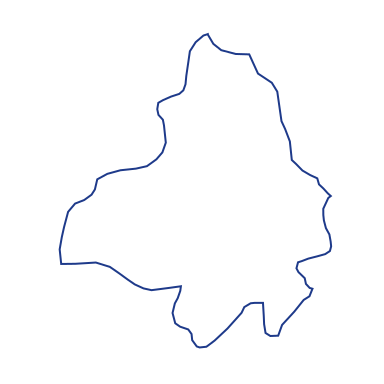 outline of Dolneni, rotated 264°
{"feature_id": "MKD-2928", "entity_name": "Dolneni", "entity_type": "Statistical Region", "adm_level": 1, "iso_a3": "MKD", "parent_name": "North Macedonia", "parent_adm1": "", "projection": "natural_earth1", "projection_center": [21.402, 41.472], "detail": "fine", "context": "isolated", "style": "outline", "palette": "blue", "viewbox_px": 384, "rotation_deg": 264, "n_neighbors": 0, "source": "natural_earth", "source_scale": "10m", "svg_char_len": 1531}
<svg xmlns="http://www.w3.org/2000/svg" viewBox="0 0 384 384"><g transform="rotate(264 192 192)"><path d="M99.4,171.1L99.0,158.9L98.6,141.5L101.2,133.7L106.1,125.4L111.4,119.2L119.4,110.3L126.1,102.5L131.9,89.0L132.8,68.4L134.1,54.4L138.6,54.4L141.1,54.4L148.8,54.4L160.7,57.8L170.5,61.1L185.2,66.7L192.7,74.5L195.3,84.0L199.8,91.8L204.7,95.7L214.5,99.1L218.9,109.7L221.1,123.1L221.1,138.7L222.4,149.9L228.2,160.0L234.5,166.7L243.8,171.1L252.7,171.1L261.1,171.1L266.9,170.6L272.2,166.7L278.0,166.1L284.2,167.8L286.4,172.8L289.1,181.2L290.9,189.6L294.0,194.0L299.8,196.8L308.2,198.5L321.5,201.9L332.2,204.6L340.6,211.3L346.4,219.7L347.4,224.2L346.9,224.2L337.1,228.7L330.0,235.9L324.7,249.9L322.9,263.3L314.5,266.1L302.9,270.0L292.3,282.8L282.9,287.3L253.1,288.4L244.9,291.2L232.1,294.6L221.0,294.6L213.4,294.6L208.9,298.5L201.8,304.1L196.5,311.3L192.5,318.0L186.3,319.1L181.8,323.0L176.5,326.9L173.5,329.6L171.8,326.9L161.6,320.8L155.4,320.2L150.0,320.2L142.1,321.4L135.4,324.2L128.3,324.7L123.4,324.7L118.9,323.0L116.3,318.0L114.9,309.6L113.6,300.7L111.8,294.0L111.0,290.1L105.2,287.9L101.2,289.5L94.5,295.1L88.7,295.7L84.3,299.0L83.2,301.7L76.0,297.9L73.0,291.8L62.3,281.2L50.4,267.7L40.1,262.7L40.6,254.9L44.1,250.4L53.0,249.9L61.0,250.4L74.3,251.0L75.2,242.6L75.2,238.7L72.1,232.0L66.7,228.7L52.5,213.0L41.9,199.0L37.5,191.7L36.6,190.1L36.6,183.4L37.9,180.6L44.6,176.7L50.8,176.7L55.7,173.9L59.3,166.1L63.2,161.6L73.7,160.0L83.0,163.3L87.9,166.7L94.9,170.0L99.4,171.1Z" fill="none" stroke="#1e3a8a" stroke-width="2"/></g></svg>